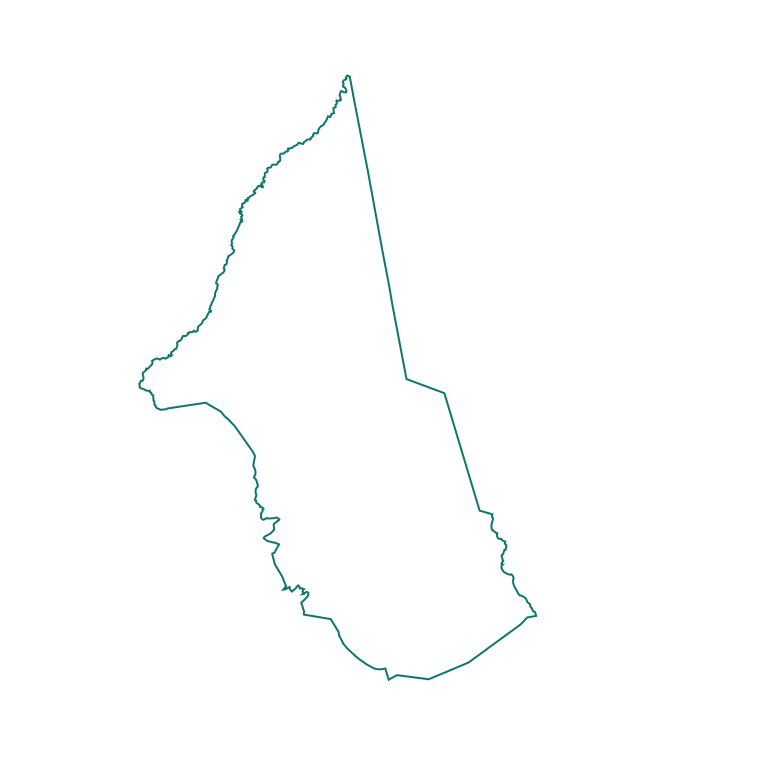 the district of Tiaty, Rift Valley, Kenya, rotated 22°
{"feature_id": "3690345B93323191576602", "entity_name": "Tiaty", "entity_type": "district", "adm_level": 2, "iso_a3": "KEN", "parent_name": "Kenya", "parent_adm1": "Rift Valley", "projection": "mercator", "projection_center": [35.941, 1.145], "detail": "fine", "context": "isolated", "style": "outline", "palette": "teal", "viewbox_px": 768, "rotation_deg": 22, "n_neighbors": 0, "source": "geoboundaries", "source_scale": "gbopen_adm2", "svg_char_len": 6165}
<svg xmlns="http://www.w3.org/2000/svg" viewBox="0 0 768 768"><g transform="rotate(22 384 384)"><path d="M367.7,612.4L369.5,611.2L372.5,607.6L373.4,609.1L374.9,610.3L376.3,610.9L378.4,607.2L379.4,603.7L380.0,602.9L381.3,603.5L382.4,605.1L384.3,604.1L385.6,604.5L386.6,604.3L386.1,605.8L386.2,607.0L387.8,607.6L387.1,609.4L388.5,608.6L389.1,607.0L390.3,605.7L392.0,605.9L392.8,607.7L392.6,609.5L392.1,611.2L390.3,615.7L389.4,616.9L389.3,618.1L391.5,620.3L392.8,622.2L395.2,624.8L395.5,626.7L396.2,627.8L422.7,621.9L434.8,631.0L436.7,634.1L443.7,640.1L448.6,642.8L460.4,647.3L464.0,648.4L473.1,650.5L478.0,651.1L481.1,651.4L484.0,651.1L486.4,650.4L488.9,649.2L491.8,647.3L499.1,656.4L505.1,649.1L536.1,641.0L566.7,610.6L600.8,555.6L604.3,546.8L611.8,542.1L611.4,541.2L609.1,538.6L607.4,538.9L605.0,536.5L602.9,535.5L602.0,533.5L598.8,532.6L596.2,530.1L594.4,529.2L590.3,528.7L589.0,529.2L587.6,528.5L580.8,522.9L578.4,520.3L577.0,517.1L577.1,515.7L576.4,514.7L574.6,513.3L573.4,512.8L572.6,513.5L569.7,513.9L565.7,513.4L562.7,511.6L561.6,510.0L561.1,508.5L561.6,507.3L560.9,507.7L560.5,507.1L560.3,504.9L560.9,503.5L560.7,503.0L560.1,502.8L557.2,499.0L558.1,497.2L557.8,492.6L558.9,492.1L558.4,490.5L558.3,488.3L557.9,487.8L555.8,486.8L555.7,485.1L555.1,484.8L554.4,484.6L553.0,484.8L552.0,484.5L551.1,483.8L548.3,484.5L546.8,483.8L546.0,482.9L545.1,481.3L545.3,480.4L545.0,480.1L544.0,479.8L543.5,480.0L542.7,479.6L540.3,479.3L539.6,478.6L538.4,478.6L536.4,474.6L535.6,468.2L535.3,467.6L534.8,467.5L533.7,466.3L533.4,464.2L520.1,465.6L443.4,369.9L403.0,371.0L362.6,308.2L351.0,289.5L334.3,263.7L288.8,191.9L249.2,130.8L237.1,111.8L236.8,112.1L236.2,112.1L234.6,111.6L234.1,112.2L233.9,114.5L234.9,115.0L234.9,115.5L232.8,117.7L232.8,119.7L234.1,120.7L234.2,122.4L234.8,123.7L235.8,123.5L236.6,123.8L238.2,124.9L239.3,126.2L239.7,127.6L238.1,128.4L234.6,128.4L234.4,128.8L234.5,132.7L236.3,134.5L236.5,135.8L237.6,136.5L237.6,137.0L236.3,138.2L235.1,138.7L233.9,138.8L233.7,139.2L234.6,140.2L234.9,141.1L235.1,142.1L234.5,143.6L235.3,144.9L235.4,145.4L235.0,146.1L233.9,146.9L233.8,147.3L236.1,151.7L234.1,153.2L234.0,153.7L234.3,155.2L234.1,156.7L233.7,156.9L231.8,156.6L231.8,161.6L231.1,163.9L230.7,166.8L229.2,168.2L228.2,170.9L228.0,172.7L228.4,174.9L228.4,176.6L225.3,177.5L224.8,179.4L225.3,179.9L225.2,181.2L224.0,183.1L224.3,184.7L224.0,185.0L222.2,185.5L221.2,186.2L220.5,187.9L219.3,189.3L219.1,191.7L214.3,192.5L214.0,194.5L211.0,197.9L210.2,199.5L209.3,199.9L208.3,201.3L207.0,201.5L206.9,201.9L207.7,204.1L207.5,204.5L206.0,205.1L204.6,208.0L202.5,208.8L201.8,209.9L201.9,211.7L203.0,213.1L203.8,214.8L204.0,215.9L203.6,217.3L202.7,217.4L202.5,217.9L202.7,220.1L202.0,221.0L199.4,221.9L198.5,222.6L198.1,223.1L197.9,225.6L195.5,227.0L195.0,227.8L195.2,228.4L195.9,229.0L196.3,231.2L194.7,232.7L194.6,233.4L195.9,236.8L195.2,237.2L195.0,238.1L195.6,240.0L197.3,240.6L197.4,241.9L195.5,242.9L195.2,244.9L195.6,245.3L196.2,245.2L197.1,245.5L197.9,246.8L197.6,247.2L195.4,246.9L194.2,247.0L193.6,247.2L193.3,247.7L192.8,248.7L192.9,250.4L191.1,253.3L191.2,254.6L192.4,254.6L192.9,254.8L193.1,255.3L191.6,257.9L189.8,259.8L189.2,261.5L188.0,262.7L188.8,264.0L188.8,265.1L188.3,265.4L187.8,264.6L187.0,265.0L186.7,265.4L187.2,267.4L187.0,267.9L185.1,270.0L185.4,271.7L185.7,272.3L186.7,273.0L185.0,275.9L185.1,276.3L185.7,277.3L186.7,277.1L187.4,277.5L187.5,278.1L187.2,278.5L185.6,278.9L186.7,279.9L188.4,280.1L189.4,280.5L189.6,281.1L188.9,282.7L190.5,284.2L190.6,284.8L189.6,285.5L190.0,285.9L191.1,285.7L191.6,286.0L191.6,286.6L190.2,288.1L190.1,288.7L190.4,290.0L190.2,291.4L190.2,296.7L189.6,300.5L188.7,303.3L189.3,303.4L189.6,305.3L189.0,307.4L189.3,308.7L189.8,309.8L190.6,310.8L190.4,312.5L192.1,313.3L192.8,315.5L194.6,315.8L195.4,317.1L195.0,318.7L194.1,320.5L191.7,324.1L192.3,325.8L191.9,327.4L192.0,328.9L192.9,329.9L192.9,332.2L191.7,333.4L192.1,337.0L193.4,337.6L193.6,339.4L193.1,341.2L191.8,343.0L191.1,344.6L190.0,346.2L190.3,347.8L190.2,351.8L190.7,353.6L192.2,353.8L193.0,354.6L192.9,356.1L193.8,358.7L193.3,360.1L193.5,361.4L193.3,362.7L194.4,365.9L194.2,369.5L194.4,371.0L193.9,372.4L194.2,375.8L193.8,376.5L194.1,378.5L194.0,380.1L196.0,380.8L196.4,381.8L194.8,382.7L194.4,387.9L194.5,389.4L192.3,393.0L192.6,394.8L192.0,396.9L190.4,400.0L190.3,401.3L191.2,404.5L190.3,405.6L189.3,406.3L187.9,405.7L187.2,407.2L186.3,408.1L184.6,408.5L183.9,409.3L183.9,410.1L183.2,410.1L183.3,411.7L182.5,413.6L180.6,414.3L179.4,415.1L179.6,416.5L179.4,418.4L178.4,420.7L177.0,421.6L176.8,423.7L177.9,425.3L178.2,429.1L177.0,430.2L176.5,431.9L175.0,434.1L175.0,435.3L176.4,436.6L175.9,438.2L174.6,437.7L173.6,437.8L173.9,439.8L171.8,442.4L169.9,442.3L168.2,443.7L167.1,445.4L165.4,445.2L163.8,445.4L161.3,447.9L160.3,449.4L161.0,449.7L161.6,452.6L159.0,458.8L157.8,458.9L158.2,460.2L156.2,464.2L156.9,465.9L158.7,468.2L159.1,470.0L158.8,471.6L157.3,472.3L157.5,473.9L157.0,475.4L157.6,476.5L158.5,477.4L158.7,478.6L159.8,479.1L163.5,478.8L165.2,479.1L167.3,478.9L169.4,478.0L170.0,479.2L171.5,479.3L172.4,480.7L174.4,481.1L174.9,482.7L175.8,483.9L176.2,485.4L177.5,486.1L179.0,489.2L180.5,489.8L181.2,490.9L182.2,491.4L183.4,491.6L184.7,491.4L186.2,491.7L191.5,489.0L192.6,487.7L194.1,486.8L225.8,468.1L229.4,468.8L241.8,470.5L243.5,471.0L248.7,473.8L252.3,474.9L261.6,479.1L287.8,496.0L291.4,499.1L293.3,508.6L296.2,511.3L297.6,513.2L298.4,515.4L298.7,517.0L298.3,518.2L298.3,519.3L300.8,520.4L301.8,521.3L303.7,523.4L304.2,524.5L305.2,525.5L305.2,527.1L304.5,528.9L304.9,530.9L305.7,532.9L306.7,534.0L307.6,535.6L307.4,537.5L307.7,538.8L307.7,539.9L309.2,540.1L309.6,541.3L310.5,542.0L312.8,542.5L314.6,543.3L315.2,544.5L317.4,544.0L319.1,544.9L318.4,546.2L319.1,547.6L318.4,550.5L319.4,552.1L319.8,553.6L321.1,554.7L322.9,555.1L324.4,553.8L325.3,552.4L328.0,551.7L332.7,549.4L334.0,548.1L335.3,548.0L336.4,548.5L337.7,548.7L337.7,549.2L334.3,555.0L334.8,556.6L336.7,560.1L335.4,563.6L334.4,565.6L330.5,570.3L330.1,572.0L334.3,573.2L340.4,572.5L342.0,572.0L346.8,572.0L345.9,578.8L345.9,580.3L345.3,582.0L343.9,583.0L344.4,584.1L350.5,592.2L361.3,600.3L369.0,608.2L368.3,609.9L367.7,612.4Z" fill="none" stroke="#0f766e" stroke-width="2"/></g></svg>